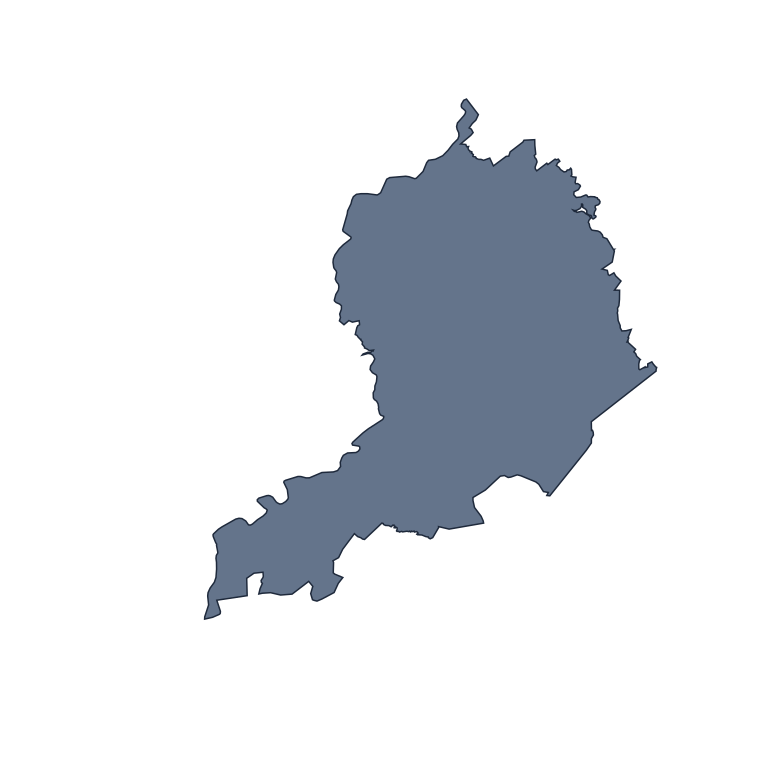 Raiskuma pag., Pargaujas, Latvia (Robinson projection), rotated 145°
{"feature_id": "27541924B87883803055955", "entity_name": "Raiskuma pag.", "entity_type": "district", "adm_level": 2, "iso_a3": "LVA", "parent_name": "Latvia", "parent_adm1": "Pargaujas", "projection": "robinson", "projection_center": [25.193, 57.347], "detail": "fine", "context": "isolated", "style": "filled", "palette": "slate", "viewbox_px": 768, "rotation_deg": 145, "n_neighbors": 0, "source": "geoboundaries", "source_scale": "gbopen_adm2", "svg_char_len": 6171}
<svg xmlns="http://www.w3.org/2000/svg" viewBox="0 0 768 768"><g transform="rotate(145 384 384)"><path d="M109.4,434.5L110.4,437.1L112.1,438.1L111.9,439.4L108.1,443.2L110.5,445.4L111.5,447.1L110.0,447.8L107.3,452.3L107.3,453.7L109.4,453.2L111.2,454.2L112.7,453.5L114.9,454.4L116.4,458.4L116.4,460.9L117.5,464.1L115.2,465.4L112.2,465.6L112.2,468.2L114.4,468.9L114.6,469.8L115.1,470.1L123.9,469.8L124.0,471.5L136.6,471.0L136.7,473.3L135.8,475.0L131.3,478.1L130.6,479.8L130.3,481.6L130.6,482.9L129.8,485.0L127.9,485.2L123.6,492.9L120.4,497.7L129.5,503.4L131.5,502.5L147.5,501.8L151.1,499.1L153.4,500.4L169.3,499.9L167.8,508.4L174.1,510.1L175.7,512.4L177.6,513.7L179.1,516.0L178.7,516.7L178.8,517.6L180.5,519.2L180.6,519.6L179.2,520.7L179.6,521.8L179.4,522.7L179.9,522.9L178.9,523.8L179.7,525.0L180.2,525.0L180.0,525.7L180.4,527.5L179.8,529.2L178.5,530.0L180.2,531.0L179.6,533.3L183.6,536.7L170.3,537.9L166.8,538.8L166.3,542.7L167.4,544.9L162.3,546.7L157.3,547.5L152.2,550.5L153.0,570.1L156.0,570.7L160.1,568.8L161.5,567.1L161.8,565.8L160.7,561.5L160.9,560.3L162.2,559.0L164.6,558.0L174.1,555.7L176.9,553.2L178.0,550.7L178.7,546.9L180.4,544.1L183.0,542.3L190.2,541.0L197.5,538.7L204.9,537.3L213.0,538.6L219.2,541.7L222.1,540.8L230.1,535.7L239.6,534.0L241.1,534.6L244.6,539.4L247.0,541.7L260.9,549.8L264.3,550.2L277.0,542.6L280.1,542.6L281.2,542.8L288.3,549.3L293.7,553.1L297.8,555.2L301.6,555.0L304.8,553.1L307.6,550.6L314.5,546.7L316.6,544.4L329.4,534.0L329.9,532.5L326.8,523.5L327.0,522.7L328.1,521.9L337.5,521.4L342.9,520.5L350.1,517.9L353.8,515.5L356.0,512.9L358.2,508.5L358.5,507.2L358.3,504.3L358.8,502.5L363.7,497.9L364.3,495.0L364.1,491.8L365.2,489.5L367.5,487.1L372.1,485.0L376.6,481.2L376.9,480.4L376.5,478.2L374.5,474.9L374.0,472.5L376.0,469.7L380.2,466.7L381.5,463.4L384.3,461.3L382.8,455.5L376.4,456.1L374.4,452.8L368.1,450.1L369.9,446.6L369.5,446.5L372.0,446.8L374.0,445.7L379.2,441.0L378.2,439.3L378.3,437.2L377.8,434.2L377.3,433.8L377.8,433.1L377.4,430.9L379.1,429.1L378.7,425.6L379.3,424.7L378.0,422.7L376.8,419.7L373.1,417.8L374.2,417.2L374.4,417.5L374.1,417.7L374.8,418.2L377.0,417.4L378.9,419.2L383.9,420.6L385.3,420.2L379.6,418.2L377.6,416.3L376.6,413.9L377.0,410.6L377.2,409.8L380.2,408.1L384.7,406.4L387.1,403.8L387.0,399.9L385.1,395.8L385.6,394.0L389.0,390.1L392.6,387.6L394.8,384.6L397.9,383.0L400.7,378.7L400.8,376.8L399.9,374.2L400.2,371.2L401.8,367.9L402.8,366.9L404.6,362.2L404.5,360.3L402.8,357.7L403.4,356.8L404.7,355.9L406.2,355.7L422.4,356.3L429.3,356.0L442.7,354.3L444.4,353.6L444.8,352.0L440.2,347.5L440.0,346.4L441.0,344.6L443.5,343.7L446.2,343.9L453.4,348.4L458.2,348.9L461.0,347.6L464.8,344.9L466.9,341.3L471.7,339.7L475.9,341.0L485.6,347.1L498.9,349.9L501.7,351.8L505.2,355.9L507.5,357.6L519.9,361.6L521.6,361.7L522.5,360.9L523.8,352.9L527.6,345.7L528.9,344.8L531.9,344.1L536.0,344.3L538.2,345.4L539.6,347.9L540.0,349.4L540.1,355.1L541.4,357.7L542.5,358.9L544.1,359.8L552.0,362.3L554.2,361.9L555.0,360.6L553.2,351.4L552.2,349.2L552.0,347.7L554.4,345.9L558.8,345.2L565.4,345.4L572.2,344.7L574.5,345.1L575.8,346.4L575.8,351.1L577.5,355.2L579.8,357.2L583.0,358.4L598.5,359.9L602.9,360.0L609.6,359.0L610.6,358.5L611.4,356.9L612.9,350.4L612.9,348.9L613.9,347.6L616.6,341.6L617.2,340.8L619.6,339.8L621.6,337.6L623.5,334.0L627.3,328.4L632.6,321.9L636.7,318.9L643.4,316.6L647.8,314.0L650.0,311.5L654.4,303.6L664.4,296.1L665.8,294.3L658.2,291.2L650.7,289.7L649.6,290.1L648.4,291.6L645.0,302.8L617.5,289.1L607.9,303.6L599.0,303.6L591.1,299.2L593.1,295.8L594.1,294.9L597.3,293.6L598.2,292.0L598.0,290.4L602.8,287.5L607.0,283.8L603.5,282.3L596.6,278.1L589.7,270.4L579.8,264.6L558.9,265.5L558.4,259.1L564.3,254.3L566.3,248.3L565.4,246.9L563.4,244.6L558.3,243.5L544.5,241.8L535.8,246.9L528.7,249.1L533.4,256.5L533.9,258.4L527.7,266.7L527.2,268.5L520.8,267.8L512.7,272.3L494.1,278.4L493.1,274.1L491.2,271.4L490.5,269.3L489.1,267.8L465.5,271.3L464.6,270.1L465.0,269.3L463.9,267.3L461.1,265.1L460.3,263.3L459.7,262.8L458.0,263.4L456.8,262.7L457.2,262.1L456.6,261.1L458.1,260.5L457.4,259.7L456.1,259.5L455.8,258.6L456.5,257.5L458.0,256.5L457.9,255.8L456.6,254.9L456.3,253.9L454.0,253.1L453.6,252.2L449.6,250.2L448.6,249.0L447.3,248.7L447.3,247.7L445.8,247.6L445.8,247.0L443.7,246.2L444.0,245.3L441.8,244.3L441.6,242.5L443.3,242.1L443.1,241.7L442.4,241.6L442.1,241.1L442.5,240.9L439.6,238.6L437.2,234.9L435.5,233.3L435.8,232.6L435.0,230.7L432.2,230.2L421.5,235.1L421.1,235.9L413.9,227.8L382.2,212.9L381.3,214.9L380.3,219.9L380.7,230.9L377.9,237.6L376.2,240.0L361.8,239.0L341.6,241.8L337.8,239.9L335.9,236.2L333.5,235.0L327.0,233.2L324.5,230.3L315.8,216.7L314.7,213.1L315.1,204.4L311.6,200.9L314.6,199.3L312.3,197.3L256.5,213.6L248.0,216.7L245.4,220.3L241.7,222.1L240.3,224.5L239.8,226.5L240.7,226.9L235.8,234.2L153.7,238.5L153.0,239.6L151.1,241.2L151.6,242.1L152.0,246.1L151.9,248.5L156.4,249.2L158.2,246.7L161.0,247.9L160.6,248.3L166.2,248.9L166.6,250.2L163.8,254.3L161.1,256.8L160.0,256.9L161.1,261.7L160.4,264.6L160.9,267.0L158.0,268.1L160.3,278.5L159.8,278.8L160.7,279.1L157.1,281.3L157.4,282.1L150.1,286.9L155.2,288.8L158.7,291.0L158.3,294.4L157.0,296.5L155.8,301.7L152.5,307.4L152.3,308.3L150.6,309.8L149.2,312.2L146.7,313.4L142.6,318.2L137.2,325.7L141.4,328.7L130.8,332.4L132.2,339.6L131.9,343.2L136.9,343.5L137.6,344.9L135.9,349.0L139.5,353.1L127.1,353.0L119.0,360.8L118.9,362.1L118.0,362.2L118.9,362.8L118.1,375.2L120.4,378.5L119.6,381.0L119.8,384.3L121.1,386.7L125.3,390.6L125.6,391.8L125.3,394.8L124.1,397.4L123.9,399.2L122.3,400.5L119.4,401.4L119.5,404.5L121.0,407.7L121.5,410.1L122.9,412.1L127.5,413.9L127.5,414.5L129.1,416.3L129.3,417.9L128.4,416.7L126.7,415.8L122.9,415.3L120.3,416.2L119.0,418.1L118.4,417.8L118.4,416.8L119.9,414.7L118.6,411.6L118.5,409.6L120.1,407.4L119.2,404.8L117.8,403.4L117.7,402.7L118.5,401.1L118.3,399.6L117.7,399.1L114.9,399.2L114.2,399.7L114.1,400.2L115.1,402.0L112.8,404.3L110.6,405.3L110.0,406.0L109.8,407.6L108.6,408.8L105.6,407.9L103.6,408.3L102.4,409.5L102.2,411.8L102.8,412.7L102.5,414.2L104.0,415.9L103.9,416.4L107.2,419.0L109.6,420.2L109.6,422.5L110.5,423.2L115.6,424.3L119.5,426.5L120.0,430.2L118.1,432.4L113.3,431.7L109.6,433.4L109.4,434.5Z" fill="#64748b" stroke="#1e293b" stroke-width="1.5"/></g></svg>